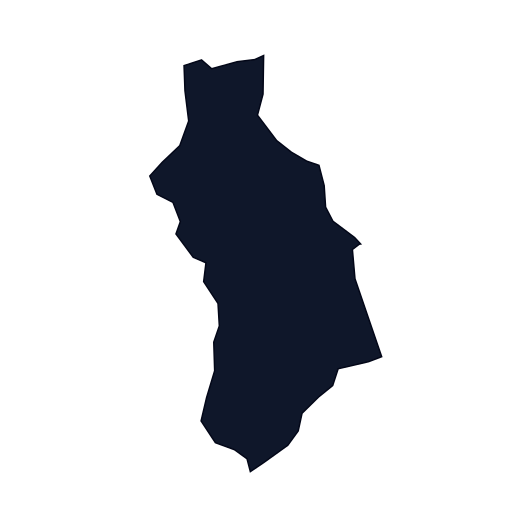 Forshaga, Värmland, Sweden (orthographic projection), rotated 162°
{"feature_id": "70781695B94802593774032", "entity_name": "Forshaga", "entity_type": "district", "adm_level": 2, "iso_a3": "SWE", "parent_name": "Sweden", "parent_adm1": "Värmland", "projection": "orthographic", "projection_center": [13.541, 59.66], "detail": "fine", "context": "isolated", "style": "filled", "palette": "ink", "viewbox_px": 512, "rotation_deg": 162, "n_neighbors": 0, "source": "geoboundaries", "source_scale": "gbopen_adm2", "svg_char_len": 810}
<svg xmlns="http://www.w3.org/2000/svg" viewBox="0 0 512 512"><g transform="rotate(162 256 256)"><path d="M152.8,235.1L156.5,243.1L172.1,265.3L174.7,281.0L169.4,301.9L168.1,322.8L178.5,330.6L190.2,343.7L200.7,359.4L211.1,389.5L199.3,407.8L186.8,444.3L196.5,443.2L213.8,446.6L240.3,447.8L247.2,459.3L265.6,459.3L272.5,435.1L278.3,405.2L294.4,384.5L316.2,374.1L332.3,364.9L331.1,345.3L318.4,332.7L317.3,312.1L325.3,301.7L316.1,274.2L305.7,265.0L313.7,247.8L306.8,222.6L312.5,200.8L322.8,187.1L330.8,159.6L346.7,136.7L359.2,116.1L353.7,96.0L352.3,91.0L336.3,78.4L327.2,65.9L328.0,52.7L312.7,57.1L284.2,66.2L269.9,76.6L260.8,92.2L240.0,102.6L223.1,109.1L212.7,123.4L181.5,120.7L167.6,121.4L168.3,164.9L168.9,203.8L162.3,232.4L154.2,235.3L152.8,235.1Z" fill="#0f172a" stroke="#020617" stroke-width="1.5"/></g></svg>